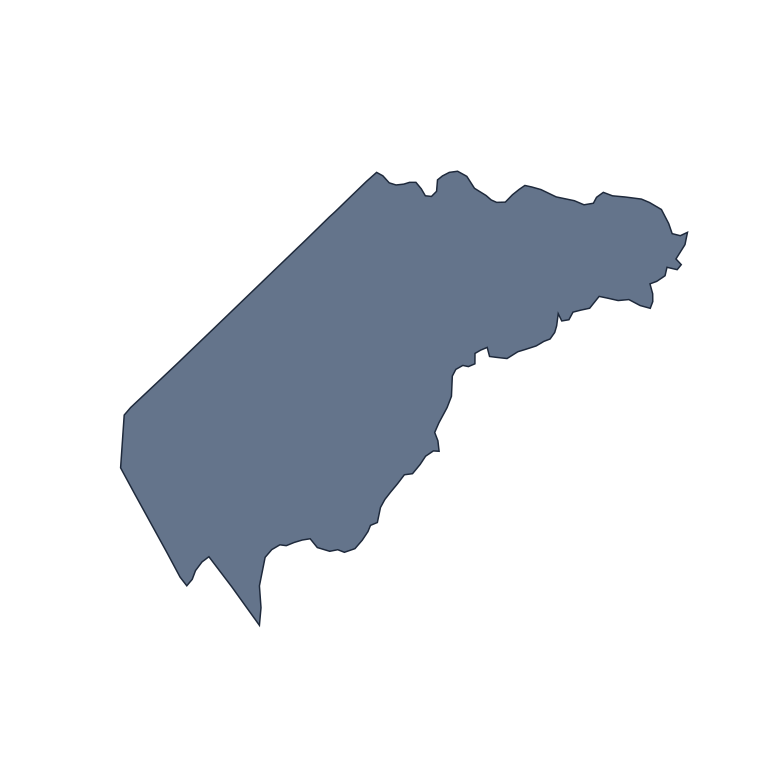 Riacho das Almas, Pernambuco, Brazil (Natural Earth projection), rotated 23°
{"feature_id": "56859067B22137901706557", "entity_name": "Riacho das Almas", "entity_type": "district", "adm_level": 2, "iso_a3": "BRA", "parent_name": "Brazil", "parent_adm1": "Pernambuco", "projection": "natural_earth1", "projection_center": [-35.848, -8.088], "detail": "fine", "context": "isolated", "style": "filled", "palette": "slate", "viewbox_px": 768, "rotation_deg": 23, "n_neighbors": 0, "source": "geoboundaries", "source_scale": "gbopen_adm2", "svg_char_len": 1838}
<svg xmlns="http://www.w3.org/2000/svg" viewBox="0 0 768 768"><g transform="rotate(23 384 384)"><path d="M448.7,443.9L450.5,434.2L455.6,426.3L461.0,424.4L455.8,415.2L449.6,408.8L449.7,398.3L451.3,381.1L450.9,369.0L443.8,350.0L444.4,342.5L449.3,336.1L454.9,335.0L459.8,329.9L455.8,320.3L459.8,315.0L464.7,310.0L470.4,317.4L476.9,315.6L487.3,312.5L494.6,302.0L500.2,297.3L509.2,289.5L514.5,282.3L519.3,277.7L521.0,269.8L520.2,263.0L516.9,251.2L523.0,256.5L529.1,252.6L529.9,244.0L536.3,239.1L543.7,233.9L547.8,219.3L556.3,217.6L566.9,215.7L576.4,210.6L589.1,211.7L599.5,210.3L599.2,203.1L596.1,196.0L589.7,187.9L595.0,182.9L600.4,174.5L598.9,166.0L609.2,164.2L611.0,158.0L603.9,154.8L606.6,138.1L604.1,125.8L598.8,131.7L590.5,133.0L583.4,125.1L571.2,115.0L557.6,113.2L548.7,113.2L533.0,117.6L520.8,121.5L511.0,121.9L506.7,129.1L506.1,135.8L498.1,140.9L487.6,140.9L469.4,144.5L452.5,143.7L443.1,144.9L436.1,146.2L432.4,152.0L428.3,159.6L424.6,169.2L416.7,172.8L410.8,172.7L404.3,170.6L390.8,168.5L379.1,160.5L368.6,159.4L361.4,163.7L356.5,169.6L353.5,175.2L357.1,186.1L354.4,192.8L348.5,194.6L342.1,189.8L334.6,185.9L328.7,188.4L324.1,192.3L317.3,196.1L310.2,196.8L301.6,192.8L294.5,192.1L288.7,204.3L277.5,230.7L271.6,244.7L268.6,251.2L254.5,284.9L251.3,292.3L238.1,323.2L208.5,392.7L185.4,446.7L177.7,464.3L160.0,504.6L157.0,514.1L174.3,564.1L198.0,583.0L249.6,623.6L271.8,641.5L281.3,646.8L283.8,638.7L283.4,629.4L286.0,618.9L290.3,611.4L323.0,630.1L341.7,641.5L363.6,654.8L358.2,638.0L348.2,618.5L342.3,590.0L345.4,580.3L351.0,572.7L357.2,571.0L363.3,564.9L369.8,559.5L376.5,555.3L386.5,560.6L399.4,559.2L406.2,554.6L413.3,554.4L421.6,546.9L425.0,536.3L426.9,526.1L426.8,519.4L432.0,514.1L429.0,499.0L429.9,490.0L432.4,480.6L435.5,470.3L438.2,459.6L445.3,455.4L448.7,443.9Z" fill="#64748b" stroke="#1e293b" stroke-width="1.5"/></g></svg>